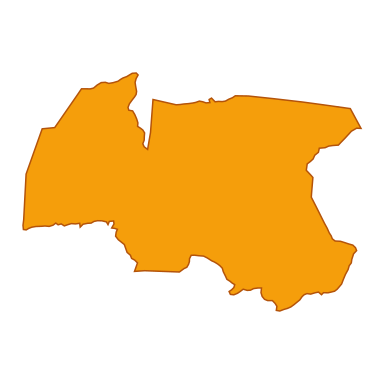 the district of Caririaçu, Ceará, Brazil
{"feature_id": "56859067B58793941772217", "entity_name": "Caririaçu", "entity_type": "district", "adm_level": 2, "iso_a3": "BRA", "parent_name": "Brazil", "parent_adm1": "Ceará", "projection": "mercator", "projection_center": [-39.269, -7.028], "detail": "fine", "context": "isolated", "style": "filled", "palette": "amber", "viewbox_px": 384, "rotation_deg": 0, "n_neighbors": 0, "source": "geoboundaries", "source_scale": "gbopen_adm2", "svg_char_len": 2705}
<svg xmlns="http://www.w3.org/2000/svg" viewBox="0 0 384 384"><path d="M361.0,128.4L350.3,108.6L322.4,104.7L302.4,102.0L272.9,98.6L248.3,96.0L235.3,95.8L232.5,97.7L228.8,99.2L225.4,101.1L222.2,101.6L218.4,101.4L215.1,101.8L211.5,98.1L209.1,99.5L209.9,102.6L206.0,102.9L202.9,101.8L199.4,101.1L195.7,102.4L192.9,103.0L188.6,103.6L183.7,104.0L180.3,104.5L176.2,104.8L153.0,99.5L150.5,132.6L147.6,149.4L144.2,146.8L142.8,143.8L144.2,140.1L144.3,136.7L144.6,132.9L142.8,130.0L140.5,128.2L137.6,126.4L137.9,122.9L136.7,119.0L134.8,114.6L132.6,110.9L128.8,110.2L128.0,107.4L129.4,103.8L132.0,100.2L134.5,97.0L136.1,94.5L136.6,91.4L136.1,88.7L135.6,85.9L135.1,82.4L136.1,78.6L138.1,75.0L136.2,73.0L132.2,73.3L126.7,76.6L122.9,78.0L120.4,79.5L118.1,81.2L113.0,82.7L108.8,83.4L105.3,82.3L101.2,82.6L97.2,85.0L93.5,88.1L90.1,88.9L86.0,88.8L81.5,88.8L77.5,94.7L57.9,123.0L54.7,127.6L42.2,128.8L26.1,174.1L23.7,219.6L23.0,225.3L23.4,229.5L26.2,229.9L28.7,228.4L31.8,227.2L35.9,226.5L41.3,226.3L45.0,226.0L49.2,226.4L53.0,225.2L55.8,223.1L58.1,224.8L61.2,223.9L64.3,225.9L68.0,224.6L71.3,223.6L75.5,223.9L79.7,223.3L80.2,227.1L83.1,224.2L87.6,223.3L91.1,223.1L94.1,221.4L97.5,220.7L101.9,220.8L106.4,221.9L108.0,224.6L109.3,221.4L113.6,221.0L114.0,223.9L111.7,228.0L114.7,228.4L117.4,229.3L116.2,232.1L115.6,236.2L118.3,239.7L124.3,244.5L127.1,252.4L130.4,255.2L131.6,258.4L134.7,260.1L137.5,262.9L134.5,271.4L144.6,270.7L179.4,272.0L184.0,268.6L186.8,267.3L188.5,264.4L189.4,261.6L189.5,258.7L191.2,255.3L194.5,255.2L198.6,255.7L203.6,256.1L207.2,257.9L211.7,260.8L214.4,262.0L217.7,264.0L220.0,265.8L222.3,268.2L223.3,271.7L225.6,276.4L226.9,279.3L229.9,281.2L232.2,283.1L234.7,284.6L233.9,287.5L231.6,289.8L229.1,291.5L230.4,294.4L233.8,294.8L237.5,293.3L240.3,291.4L243.2,289.2L247.2,290.4L250.4,290.2L253.6,288.6L257.9,288.0L261.5,288.0L261.0,292.7L262.2,296.5L264.5,299.3L267.7,300.6L272.4,300.6L275.1,303.4L276.9,306.3L276.3,310.4L279.8,311.0L284.0,309.4L287.5,308.4L290.9,306.9L294.3,304.4L299.8,299.9L302.2,296.5L304.2,294.7L306.9,293.6L310.7,294.1L315.0,292.8L318.5,292.1L321.5,294.7L323.5,292.7L328.0,292.8L331.5,292.0L334.6,291.2L337.1,289.3L339.0,287.1L341.6,284.0L343.4,279.3L345.4,274.5L348.1,269.5L349.2,265.7L351.3,262.9L351.8,259.4L353.6,253.8L356.6,250.6L355.5,247.7L352.8,245.1L348.9,244.0L344.7,242.6L340.5,241.3L335.1,241.0L332.3,238.8L331.2,235.9L329.2,232.8L327.2,228.3L324.5,223.4L316.2,206.8L311.3,197.2L311.6,192.9L312.9,177.5L311.0,175.3L306.3,170.3L307.2,163.9L310.6,161.3L313.1,159.0L314.8,155.2L318.4,152.3L319.3,148.2L325.1,147.7L328.7,146.1L332.8,145.5L338.4,145.1L340.7,142.6L345.0,138.2L351.4,131.2L356.6,128.2L361.0,128.4Z" fill="#f59e0b" stroke="#b45309" stroke-width="1.5"/></svg>